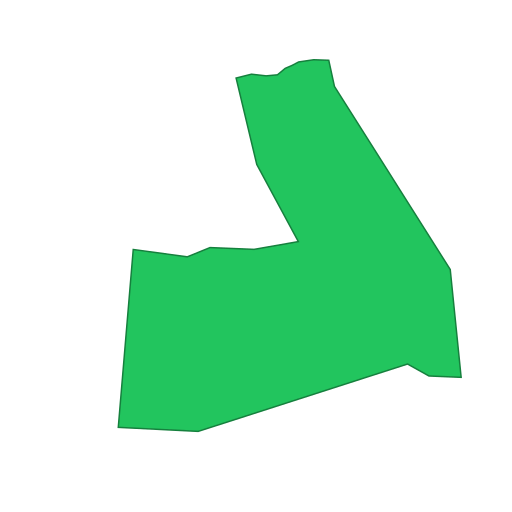 the Special self-governing city of Sejong, rotated 253°
{"feature_id": "KOR-5129", "entity_name": "Sejong", "entity_type": "Special self-governing city", "adm_level": 1, "iso_a3": "KOR", "parent_name": "South Korea", "parent_adm1": "", "projection": "orthographic", "projection_center": [127.244, 36.566], "detail": "fine", "context": "isolated", "style": "filled", "palette": "green", "viewbox_px": 512, "rotation_deg": 253, "n_neighbors": 0, "source": "natural_earth", "source_scale": "10m", "svg_char_len": 467}
<svg xmlns="http://www.w3.org/2000/svg" viewBox="0 0 512 512"><g transform="rotate(253 256 256)"><path d="M132.4,74.2L298.1,140.5L275.3,190.0L277.5,214.5L262.9,256.1L257.4,300.7L343.3,283.5L432.0,289.0L431.2,304.8L425.3,318.4L423.0,329.5L426.9,338.8L427.7,346.1L429.1,353.5L426.8,368.6L421.9,382.8L395.2,380.6L319.4,401.4L265.9,416.0L186.3,437.8L80.0,416.7L90.7,386.3L108.4,369.3L105.2,149.4L132.4,74.2Z" fill="#22c55e" stroke="#15803d" stroke-width="1.5"/></g></svg>